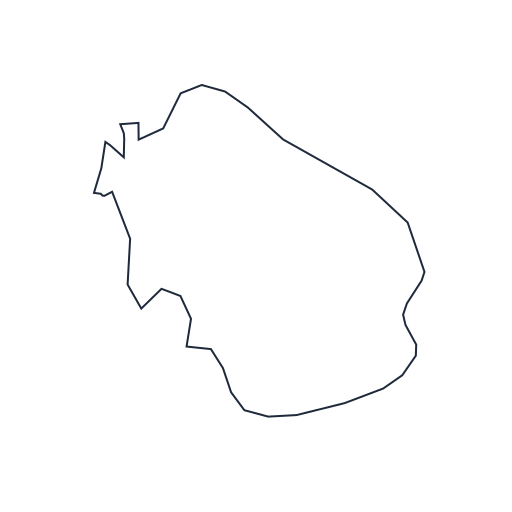 map outline of Maio (Mercator projection), rotated 310°
{"feature_id": "CPV-5054", "entity_name": "Maio", "entity_type": "state/province", "adm_level": 1, "iso_a3": "CPV", "parent_name": "Cabo Verde", "parent_adm1": "", "projection": "mercator", "projection_center": [-23.189, 15.226], "detail": "fine", "context": "isolated", "style": "outline", "palette": "slate", "viewbox_px": 512, "rotation_deg": 310, "n_neighbors": 0, "source": "natural_earth", "source_scale": "10m", "svg_char_len": 705}
<svg xmlns="http://www.w3.org/2000/svg" viewBox="0 0 512 512"><g transform="rotate(310 256 256)"><path d="M352.1,104.5L362.1,126.6L364.5,154.4L362.7,201.9L381.6,302.3L379.1,350.7L352.1,395.3L343.6,398.7L316.6,402.1L305.6,406.4L299.3,414.8L291.1,435.7L282.4,442.5L258.7,444.7L236.2,438.6L200.2,418.4L160.2,389.3L140.8,368.6L130.4,346.2L135.6,324.5L148.9,302.7L155.7,281.3L142.0,261.0L166.1,246.6L176.8,223.8L170.1,204.7L142.0,201.9L151.6,176.0L188.3,148.5L212.7,104.5L204.7,101.2L203.6,99.6L203.9,97.1L200.2,91.3L223.8,81.1L246.6,67.3L247.1,73.0L246.6,91.3L261.2,79.6L265.1,75.8L269.7,67.3L282.4,80.4L269.7,91.3L294.1,102.9L332.2,93.7L352.1,104.5Z" fill="none" stroke="#1e293b" stroke-width="2"/></g></svg>